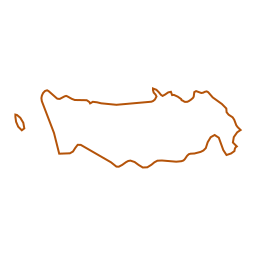 map outline of Northern Samar (Natural Earth projection)
{"feature_id": "PHL-2586", "entity_name": "Northern Samar", "entity_type": "Province", "adm_level": 1, "iso_a3": "PHL", "parent_name": "Philippines", "parent_adm1": "", "projection": "natural_earth1", "projection_center": [124.817, 12.409], "detail": "fine", "context": "isolated", "style": "outline", "palette": "amber", "viewbox_px": 256, "rotation_deg": 0, "n_neighbors": 0, "source": "natural_earth", "source_scale": "10m", "svg_char_len": 1604}
<svg xmlns="http://www.w3.org/2000/svg" viewBox="0 0 256 256"><path d="M59.2,153.7L54.0,133.0L41.8,101.1L41.4,98.1L41.9,95.6L43.1,93.0L45.0,91.0L47.1,90.3L48.6,91.1L57.0,98.5L57.9,98.8L59.8,98.9L64.5,96.4L66.1,95.9L67.2,96.3L71.9,98.9L74.8,100.0L86.5,100.2L87.2,100.5L89.3,102.0L89.7,102.6L90.1,103.4L90.9,103.0L92.0,102.3L92.8,101.8L97.0,102.3L101.1,103.3L116.4,104.8L151.4,101.7L153.1,101.0L154.9,99.5L156.5,96.5L155.5,94.5L153.7,92.6L153.0,90.2L153.0,88.5L156.4,89.8L158.9,92.3L160.9,94.8L162.6,95.9L165.0,94.6L168.2,92.4L170.9,91.8L172.1,95.1L173.9,94.9L177.8,96.7L181.2,99.1L181.6,100.2L182.7,100.6L183.7,101.3L185.0,101.9L187.3,101.8L188.8,101.1L190.9,99.7L192.9,98.0L193.7,96.7L194.3,92.1L196.1,91.1L201.3,93.0L203.1,92.7L204.9,91.8L206.7,91.4L208.2,92.2L212.7,97.4L221.9,104.0L226.3,108.5L226.6,112.2L228.6,114.7L232.6,117.3L234.2,119.7L236.3,125.3L237.7,127.2L240.6,130.0L237.2,132.3L233.8,137.1L232.9,142.5L236.8,146.4L235.6,147.3L234.9,148.6L234.4,151.1L231.0,153.5L226.5,155.0L223.3,150.1L218.8,137.7L214.6,135.0L210.7,137.2L207.7,142.2L205.8,148.1L203.4,150.5L200.6,151.9L194.4,153.5L190.6,153.7L188.8,154.2L187.1,155.8L184.7,159.3L183.4,160.5L181.4,161.2L176.3,161.7L161.9,160.5L157.4,160.7L154.4,162.3L151.5,164.7L147.3,167.3L142.8,167.5L138.7,165.0L134.6,162.0L130.4,160.6L128.2,161.0L126.1,162.1L122.2,164.9L118.8,166.7L116.4,166.6L111.0,162.3L80.8,144.9L77.7,144.8L75.3,147.9L73.0,151.5L69.9,153.3L59.3,153.7L59.2,153.7ZM21.8,130.3L18.2,126.7L16.1,121.8L15.4,117.0L15.4,114.6L17.0,115.0L20.3,117.8L23.3,122.8L24.3,128.4L21.8,130.3Z" fill="none" stroke="#b45309" stroke-width="2"/></svg>